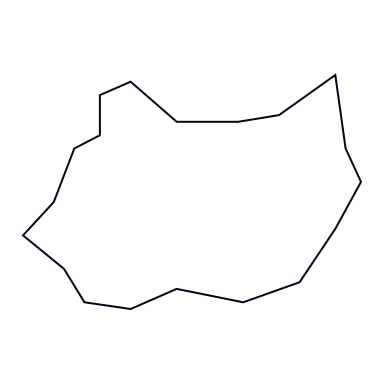 SVG path tracing the border of Kosovo Polje
{"feature_id": "KOS-5898", "entity_name": "Kosovo Polje", "entity_type": "District", "adm_level": 1, "iso_a3": "XKX", "parent_name": "Kosovo", "parent_adm1": "", "projection": "equal_earth", "projection_center": [21.026, 42.608], "detail": "fine", "context": "isolated", "style": "outline", "palette": "ink", "viewbox_px": 384, "rotation_deg": 0, "n_neighbors": 0, "source": "natural_earth", "source_scale": "10m", "svg_char_len": 357}
<svg xmlns="http://www.w3.org/2000/svg" viewBox="0 0 384 384"><path d="M176.7,121.8L238.1,121.8L279.0,115.1L335.3,75.0L345.6,148.5L361.0,181.9L335.4,228.7L299.6,282.2L243.2,302.3L176.6,288.9L130.6,309.0L84.5,302.3L64.0,268.9L23.0,235.4L53.8,202.0L74.3,148.5L99.9,135.2L99.9,95.1L130.6,81.7L176.7,121.8Z" fill="none" stroke="#020617" stroke-width="2"/></svg>